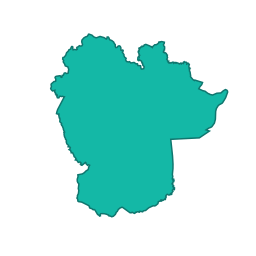 outline of Dinh Quan, Đồng Nai, Vietnam, rotated 196°
{"feature_id": "81297802B49967994067833", "entity_name": "Dinh Quan", "entity_type": "district", "adm_level": 2, "iso_a3": "VNM", "parent_name": "Vietnam", "parent_adm1": "Đồng Nai", "projection": "albers", "projection_center": [107.306, 11.211], "detail": "fine", "context": "isolated", "style": "filled", "palette": "teal", "viewbox_px": 256, "rotation_deg": 196, "n_neighbors": 0, "source": "geoboundaries", "source_scale": "gbopen_adm2", "svg_char_len": 5842}
<svg xmlns="http://www.w3.org/2000/svg" viewBox="0 0 256 256"><g transform="rotate(196 128 128)"><path d="M213.2,144.6L212.4,143.7L210.8,142.8L208.7,144.1L208.6,142.7L208.2,142.2L207.6,142.1L207.3,141.2L206.9,141.0L206.9,140.6L205.7,140.5L205.9,139.8L205.0,139.7L205.1,138.8L204.2,137.6L202.8,137.9L202.5,139.3L202.1,139.9L200.6,139.9L199.4,140.5L198.7,140.2L197.8,140.4L200.7,126.5L200.8,124.1L200.7,122.1L199.5,122.0L198.2,122.3L198.2,121.5L196.8,118.7L196.3,118.7L195.6,117.0L195.4,115.6L194.8,114.9L193.2,114.2L193.0,113.7L193.2,113.2L192.5,112.3L191.7,111.8L189.8,109.3L189.7,108.7L187.9,106.7L188.4,106.4L188.4,105.9L187.8,105.1L187.6,103.9L186.9,102.8L186.7,102.2L185.4,100.9L185.0,100.0L184.1,99.5L183.5,98.3L183.6,97.7L182.4,95.9L181.0,95.2L180.1,94.4L180.4,93.5L178.5,93.6L178.0,93.2L178.1,91.9L178.7,91.0L177.0,90.6L175.7,88.5L175.2,89.0L174.3,88.8L172.5,86.8L171.9,85.6L170.7,85.2L169.4,84.0L169.8,82.8L168.3,82.9L166.3,81.2L165.2,81.9L164.3,82.0L163.5,81.4L163.4,80.7L163.8,80.2L162.8,79.8L162.7,79.4L161.9,79.5L161.6,80.4L161.1,80.6L159.5,83.2L159.0,83.1L158.5,82.1L156.6,81.0L156.2,81.8L154.6,81.6L155.0,79.8L154.8,77.3L155.2,76.6L156.5,75.2L157.7,73.0L159.2,71.3L163.3,69.2L162.6,67.4L162.7,64.8L162.1,62.9L161.3,61.8L159.8,60.7L159.1,56.1L158.1,54.4L157.6,51.1L158.0,49.2L157.4,46.7L157.7,46.5L156.7,45.6L156.0,43.9L155.3,43.6L152.1,44.0L145.0,42.7L143.6,42.1L143.0,40.8L142.5,40.5L140.6,40.5L138.9,39.8L138.2,40.3L137.1,40.0L133.4,36.5L132.1,36.2L131.0,35.5L130.3,36.0L130.8,37.1L130.6,38.1L128.8,38.7L126.9,39.1L124.6,39.2L123.5,38.9L122.7,39.0L122.0,38.2L120.9,38.5L119.1,38.2L117.7,39.2L116.5,41.2L116.1,42.4L116.2,43.5L115.3,44.9L114.8,47.3L114.1,48.0L113.9,48.6L112.1,50.1L111.3,50.2L102.7,47.1L101.5,47.4L100.8,48.1L98.3,47.7L97.8,48.1L97.3,49.2L96.8,49.2L96.3,49.8L95.1,50.4L94.2,50.1L93.8,50.3L93.7,51.2L90.8,51.5L90.4,52.6L88.3,53.6L86.1,57.0L82.5,60.1L80.8,60.5L80.0,61.1L78.4,63.5L78.5,65.5L77.1,66.6L76.5,66.7L76.7,67.2L76.5,67.9L76.1,67.9L76.0,67.4L75.5,67.2L75.3,67.4L75.4,68.1L74.3,68.2L73.3,69.4L72.4,69.6L72.4,70.0L73.0,70.0L72.3,71.9L72.3,72.3L72.9,72.7L72.9,73.4L72.3,74.8L71.9,75.1L70.5,74.8L69.8,75.0L68.9,76.5L68.5,75.8L67.8,76.2L67.7,76.7L68.1,77.7L67.3,79.4L68.2,80.4L67.7,81.3L66.5,81.5L66.5,81.9L67.0,81.9L66.8,82.9L67.5,82.8L67.4,83.6L68.7,83.9L68.7,84.2L68.2,84.5L68.2,85.0L68.8,85.1L69.0,85.6L69.5,86.0L69.7,87.0L70.2,86.8L69.8,88.6L69.4,88.9L70.1,89.8L69.3,89.5L69.2,90.0L69.6,90.5L69.9,91.4L70.3,91.4L70.6,90.6L71.4,91.2L71.6,93.8L72.5,95.4L73.6,101.3L74.8,105.7L77.5,113.4L83.8,128.9L56.7,138.2L48.9,147.5L52.4,147.7L50.3,150.2L48.5,151.5L47.7,152.5L46.3,156.5L46.4,160.5L48.3,168.1L48.4,171.1L47.4,174.5L46.5,175.7L44.4,177.7L43.9,178.8L42.5,184.0L42.1,190.0L42.6,191.0L43.4,191.6L44.9,191.8L46.6,190.1L48.4,187.3L52.2,185.9L55.8,183.0L58.9,182.9L59.1,183.1L60.8,183.3L64.1,184.6L66.5,184.5L70.8,185.2L70.2,187.6L69.1,190.0L68.9,192.3L77.0,192.5L77.3,191.9L79.0,192.5L82.1,194.6L82.2,195.5L83.8,199.0L84.7,199.8L84.8,201.0L85.2,201.3L85.0,201.9L85.4,202.1L85.0,202.6L85.9,202.8L86.6,204.2L86.6,206.1L87.4,206.4L87.8,206.3L88.2,206.8L89.1,205.8L89.3,206.8L90.3,207.3L91.9,206.8L92.2,207.2L92.7,206.7L92.4,206.1L92.6,205.4L92.9,205.6L93.7,205.3L94.3,204.5L94.5,205.0L95.1,205.0L96.4,203.7L96.9,204.0L98.3,204.2L99.4,203.7L99.5,204.2L100.2,204.1L100.3,203.8L100.9,203.9L101.0,203.4L101.6,203.5L101.8,203.3L102.5,203.6L102.5,203.2L102.9,203.6L103.5,203.4L104.7,202.2L105.5,202.4L106.3,201.7L106.9,202.0L107.0,202.4L107.3,202.6L107.3,203.1L107.7,202.8L107.8,203.3L108.5,203.4L108.6,204.1L109.7,204.7L109.4,206.6L110.3,208.0L110.2,208.9L111.2,209.3L111.6,210.1L112.9,210.6L113.4,210.7L113.6,210.4L114.1,210.7L114.6,210.5L114.9,210.7L115.0,211.5L114.8,212.7L114.4,213.2L114.9,213.7L114.7,214.7L115.3,216.3L116.1,216.6L116.9,217.9L116.5,219.4L116.7,220.5L119.4,220.4L121.0,219.6L121.0,219.3L121.9,219.3L122.1,218.8L121.9,218.4L122.4,217.4L123.7,215.9L125.2,215.4L126.6,213.2L126.8,212.1L127.3,212.4L127.3,212.2L129.7,212.9L133.9,213.3L135.3,212.3L135.6,210.9L136.4,210.4L137.0,210.6L137.1,209.8L138.0,209.4L138.3,208.4L139.0,208.2L138.8,207.7L139.4,207.5L138.7,206.5L138.9,206.2L138.7,205.3L139.0,205.1L138.7,204.7L139.2,204.3L138.9,203.5L137.7,202.3L137.6,201.5L136.9,201.2L137.3,200.7L136.9,199.5L137.2,199.7L137.7,199.3L137.9,198.5L137.4,196.1L137.0,196.0L136.9,196.4L136.1,195.8L135.8,196.6L133.5,196.0L132.8,194.9L132.2,194.7L132.2,194.1L131.5,193.7L131.2,192.6L129.5,191.5L129.3,191.1L129.3,189.3L131.1,188.4L131.8,188.6L133.1,191.3L135.8,190.8L136.6,192.3L137.9,191.9L140.3,192.7L143.2,191.3L144.8,192.2L145.8,191.6L147.7,191.5L148.9,192.6L149.1,193.3L149.0,194.5L150.7,195.1L151.9,196.5L152.1,197.4L154.3,199.3L153.9,200.7L154.1,201.3L154.6,201.5L155.7,200.8L156.3,200.9L157.0,203.2L157.9,204.3L158.8,204.6L159.5,204.4L160.1,203.9L160.7,202.5L161.9,202.0L162.8,203.0L163.2,204.6L164.5,205.5L165.5,206.7L167.7,207.6L170.0,207.8L171.2,209.4L172.0,210.0L173.1,209.7L173.0,208.0L173.4,207.5L176.0,208.3L180.1,208.3L183.1,206.1L183.8,205.9L186.1,206.2L188.2,207.3L191.5,207.5L191.9,207.1L191.9,206.3L192.6,204.7L193.9,203.9L195.3,202.4L196.5,199.8L196.2,198.0L194.7,195.7L194.9,194.4L195.8,193.7L197.5,193.7L198.1,192.5L199.3,191.5L199.4,190.8L198.5,189.6L199.2,188.9L201.0,188.8L202.3,188.0L203.0,189.1L203.4,190.7L203.9,191.0L204.6,190.8L204.9,189.8L204.9,188.0L206.3,187.0L206.6,185.5L207.8,183.4L207.9,180.8L208.9,178.4L210.0,177.8L209.8,176.2L208.5,175.2L208.5,173.9L208.3,173.5L206.8,172.3L205.4,170.4L202.7,170.2L201.4,168.4L201.1,167.8L201.0,166.1L200.6,164.5L200.7,164.2L202.1,163.4L203.5,163.7L204.4,163.2L204.8,160.8L205.8,160.4L205.5,158.9L205.7,158.4L206.4,158.4L207.3,159.4L207.8,159.5L211.1,158.0L211.9,157.3L212.0,156.2L210.9,155.2L210.4,153.2L210.5,152.9L211.9,152.3L213.9,149.3L213.9,148.5L213.0,146.6L213.2,144.6Z" fill="#14b8a6" stroke="#0f766e" stroke-width="1.5"/></g></svg>